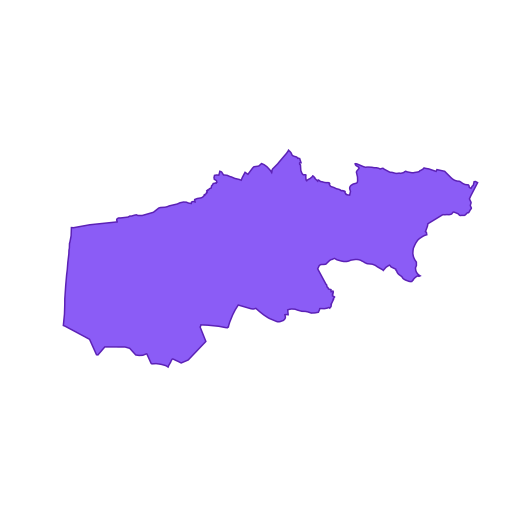 5e Arrondissement, Analamanga, Madagascar, rotated 292°
{"feature_id": "10022922B36895306051586", "entity_name": "5e Arrondissement", "entity_type": "district", "adm_level": 2, "iso_a3": "MDG", "parent_name": "Madagascar", "parent_adm1": "Analamanga", "projection": "robinson", "projection_center": [47.548, -18.883], "detail": "fine", "context": "isolated", "style": "filled", "palette": "violet", "viewbox_px": 512, "rotation_deg": 292, "n_neighbors": 0, "source": "geoboundaries", "source_scale": "gbopen_adm2", "svg_char_len": 6156}
<svg xmlns="http://www.w3.org/2000/svg" viewBox="0 0 512 512"><g transform="rotate(292 256 256)"><path d="M407.0,434.0L407.3,431.6L406.6,430.4L403.5,430.9L402.8,430.9L401.7,430.3L399.3,430.0L399.3,429.0L399.6,428.0L401.0,427.1L401.5,426.3L400.6,423.1L400.7,420.6L401.4,417.6L401.5,416.6L400.8,414.4L400.6,411.8L401.0,409.4L401.7,407.4L405.2,399.2L403.9,391.4L401.9,391.3L401.5,383.6L400.8,380.5L400.6,378.8L399.4,378.4L398.4,377.7L397.1,376.7L396.5,376.0L395.4,375.7L394.4,374.4L392.7,371.5L392.2,370.9L391.6,369.4L390.7,365.0L390.6,364.1L390.7,363.1L389.5,362.0L388.9,361.9L388.5,361.5L386.8,359.1L386.5,357.7L385.3,355.6L384.9,354.3L384.5,350.8L384.0,349.3L383.8,349.1L384.5,342.3L384.9,341.1L384.7,340.4L383.2,338.5L383.3,336.8L383.0,334.8L382.1,332.4L381.7,330.3L380.6,327.0L380.0,325.5L379.3,324.5L379.1,322.3L379.2,315.0L378.9,313.7L378.7,313.4L377.9,313.9L377.3,315.0L376.9,317.5L376.3,318.5L375.9,318.7L372.3,317.6L371.3,317.7L367.3,320.5L363.9,322.0L362.5,322.3L362.2,322.3L361.3,322.0L359.2,319.2L357.3,317.8L356.4,317.4L355.2,317.2L354.4,317.3L353.4,317.7L351.3,319.4L347.6,320.0L347.1,318.6L346.8,316.7L346.9,316.4L347.2,316.4L347.3,315.9L348.2,314.7L349.2,314.4L349.3,313.3L349.3,313.1L349.0,313.1L349.0,311.5L348.6,311.2L348.5,309.9L348.8,309.8L348.9,308.1L348.5,305.2L348.7,302.8L348.5,299.4L348.7,298.7L350.1,297.0L350.9,297.1L351.2,296.6L351.1,295.4L350.3,293.6L349.8,291.6L349.6,289.5L349.2,287.8L349.7,286.6L349.8,285.2L348.5,285.2L350.1,281.3L350.5,281.3L350.9,280.5L351.5,279.2L351.5,278.6L350.9,278.6L348.0,277.1L347.3,276.4L345.5,275.0L344.9,275.0L344.7,274.7L345.3,274.0L346.2,273.4L348.5,272.3L349.2,272.2L349.9,271.7L349.5,270.5L349.0,269.5L349.5,268.2L350.1,267.4L352.1,265.5L357.1,263.1L357.3,262.7L357.3,262.2L357.9,262.0L358.4,261.6L359.0,261.7L359.4,262.8L362.7,260.0L362.6,259.6L362.6,258.5L362.2,258.1L362.5,257.7L363.0,256.6L362.7,253.7L362.8,252.4L363.2,251.5L364.7,250.0L365.7,248.2L365.7,247.5L366.1,247.1L366.3,246.5L365.4,246.5L362.5,245.8L352.3,242.4L349.6,241.6L342.9,238.8L341.3,238.7L340.0,239.2L339.2,239.3L340.7,237.2L341.8,235.0L342.9,232.6L343.7,229.3L343.8,226.5L340.7,225.0L340.2,224.5L338.0,220.7L337.5,220.4L336.3,219.9L328.7,217.9L329.5,214.5L323.8,213.9L320.7,213.9L320.7,211.9L320.0,207.3L320.1,203.6L319.9,202.1L320.0,199.0L319.0,195.5L320.9,192.8L321.1,191.9L321.0,190.7L319.4,191.0L317.0,191.2L316.4,189.2L315.2,187.3L312.9,187.7L311.4,188.7L311.4,189.7L311.0,191.2L309.6,192.1L309.0,191.5L308.5,191.7L308.3,190.9L307.2,189.2L305.5,189.0L304.3,188.5L302.4,189.0L300.8,187.5L299.6,187.3L299.2,186.9L299.2,186.5L298.2,186.0L298.1,186.3L297.9,186.2L297.8,186.5L296.3,186.4L296.3,186.8L295.8,186.7L295.2,186.5L293.4,185.2L293.1,185.7L292.0,185.0L291.0,184.7L290.1,184.1L289.2,183.1L287.3,180.0L285.4,178.0L283.3,179.2L283.1,177.4L282.2,176.3L281.7,176.0L280.4,176.3L279.8,173.8L279.8,171.2L278.9,168.6L276.9,165.6L274.7,163.5L270.0,156.8L268.5,155.3L267.7,154.2L267.1,153.3L265.2,149.3L264.1,147.9L258.1,144.5L250.9,135.3L249.3,131.3L249.4,129.7L248.3,128.0L246.1,125.2L245.9,124.2L244.1,122.7L240.6,116.3L239.7,114.2L238.5,113.3L237.7,113.2L237.0,113.4L236.4,114.1L235.6,114.5L222.7,90.2L213.8,76.1L213.2,74.2L205.5,77.0L199.5,78.2L197.7,78.4L193.4,80.0L191.4,80.4L187.8,81.7L179.7,83.9L172.4,86.2L167.5,87.5L157.4,90.6L144.6,94.8L139.3,96.9L130.3,100.2L119.4,103.4L119.4,105.3L116.4,132.9L104.7,145.1L105.1,146.5L115.1,149.9L122.6,168.7L123.1,173.5L119.2,181.6L120.0,184.9L121.2,187.5L121.7,188.4L124.2,191.0L124.3,191.5L117.4,198.7L117.1,199.1L117.0,199.9L118.8,203.7L119.6,206.8L120.1,209.2L120.5,212.8L120.5,214.1L120.1,216.1L121.9,216.1L125.5,216.6L127.2,216.6L128.9,216.9L129.3,217.3L129.4,218.1L129.2,220.7L129.1,223.3L128.8,226.7L134.2,232.1L158.0,241.5L169.2,230.8L170.8,230.9L171.5,230.7L173.7,236.9L176.9,247.8L178.2,254.5L178.7,256.3L179.6,256.5L179.8,257.0L181.4,256.7L184.8,256.4L192.6,256.4L198.4,256.9L203.9,257.9L205.2,271.0L205.6,272.7L206.0,273.7L207.4,275.5L205.8,280.1L204.3,285.2L203.4,289.6L203.1,291.7L203.0,299.8L203.1,300.6L203.5,301.6L204.0,302.7L206.5,305.5L208.0,306.2L209.6,306.4L210.5,306.1L212.4,304.8L212.8,305.4L213.6,307.8L217.9,305.6L219.1,307.0L220.2,308.8L221.3,312.1L221.4,314.8L221.9,319.2L223.1,322.5L223.3,323.5L223.6,325.0L223.8,328.6L225.4,332.1L227.2,334.9L230.3,335.0L231.1,334.8L231.3,335.1L232.8,339.2L234.4,341.6L235.4,342.6L235.5,342.9L235.3,343.9L235.8,343.9L237.1,344.5L239.3,344.0L239.5,343.6L239.9,343.8L241.2,343.9L244.9,344.1L244.9,343.8L246.4,343.9L247.4,344.2L247.6,343.7L247.7,341.9L248.7,341.7L248.7,341.4L249.1,341.3L249.0,341.6L250.3,341.4L250.6,341.1L250.8,341.3L251.7,341.1L252.3,340.5L251.8,339.5L251.1,339.1L252.3,338.2L252.9,338.1L252.6,335.5L253.7,334.5L253.9,333.5L255.8,332.2L256.0,331.5L267.2,318.0L270.5,318.2L270.9,318.3L272.2,319.1L272.6,319.8L273.7,322.3L274.6,323.8L279.5,326.0L280.7,326.9L281.4,327.9L282.6,329.0L283.2,329.8L282.8,332.4L283.3,337.1L283.8,339.6L284.9,342.2L286.0,343.8L287.6,345.4L289.0,347.7L290.1,349.6L290.7,351.2L291.1,352.8L291.2,353.9L291.2,355.2L291.0,356.0L291.0,357.4L290.6,359.4L290.5,361.9L291.9,366.6L292.0,367.6L292.0,370.1L291.4,372.8L290.6,378.9L290.3,379.4L294.1,380.7L295.5,381.6L297.5,383.1L297.4,383.8L296.5,385.2L296.1,390.6L295.0,391.3L295.0,391.9L293.7,393.0L292.9,394.2L292.4,395.3L291.6,398.5L291.3,399.2L290.3,400.6L289.9,401.9L289.7,403.7L289.8,407.4L290.1,408.8L290.7,410.0L292.4,410.5L292.7,410.8L293.3,410.7L295.4,411.5L297.1,412.5L298.1,413.4L298.2,414.7L299.1,415.6L299.4,414.0L300.1,412.3L301.1,410.8L302.4,409.6L304.7,408.3L307.3,408.3L310.4,407.0L312.0,404.6L313.8,402.7L314.8,401.9L317.0,400.5L319.7,399.6L322.1,399.0L325.7,399.1L328.0,399.3L331.3,400.0L333.4,401.0L336.7,403.3L338.2,404.6L339.7,406.4L341.5,405.3L341.8,405.1L342.0,404.0L347.8,403.8L350.3,403.3L364.3,413.7L365.0,415.7L365.9,417.4L366.6,419.5L367.4,420.7L368.2,421.6L370.6,422.4L370.9,423.3L370.9,427.5L370.0,429.5L370.1,430.4L370.7,431.4L371.6,433.8L372.4,434.6L375.0,435.7L375.4,436.0L375.7,436.8L376.6,437.1L379.1,437.4L380.5,437.8L380.9,437.8L381.3,437.6L382.6,436.2L383.3,435.7L385.8,435.5L386.4,435.2L388.9,432.5L392.3,432.6L407.0,434.0Z" fill="#8b5cf6" stroke="#5b21b6" stroke-width="1.5"/></g></svg>